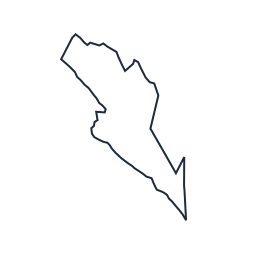 the district of Altaneira, Ceará, Brazil, rotated 255°
{"feature_id": "56859067B38427988567016", "entity_name": "Altaneira", "entity_type": "district", "adm_level": 2, "iso_a3": "BRA", "parent_name": "Brazil", "parent_adm1": "Ceará", "projection": "orthographic", "projection_center": [-39.704, -6.984], "detail": "fine", "context": "isolated", "style": "outline", "palette": "slate", "viewbox_px": 256, "rotation_deg": 255, "n_neighbors": 0, "source": "geoboundaries", "source_scale": "gbopen_adm2", "svg_char_len": 1039}
<svg xmlns="http://www.w3.org/2000/svg" viewBox="0 0 256 256"><g transform="rotate(255 128 128)"><path d="M164.2,164.9L166.7,160.8L172.2,158.1L182.1,156.0L189.1,154.8L192.0,151.7L188.6,149.5L183.9,139.9L191.4,138.4L199.0,137.1L204.4,136.6L211.9,129.2L216.0,126.1L215.2,121.6L220.2,113.6L218.7,110.2L222.0,107.8L227.4,105.2L232.1,101.6L229.7,97.6L211.7,81.2L207.0,84.4L201.5,88.0L195.8,91.2L190.5,92.1L186.5,94.7L181.0,97.3L176.6,100.4L168.5,103.6L165.1,105.2L159.6,106.7L156.1,109.3L151.9,111.3L149.1,109.5L151.9,101.5L143.5,100.6L142.5,97.3L138.8,95.6L137.3,92.5L131.7,91.7L127.9,93.1L124.2,96.9L120.9,100.8L119.1,104.3L116.2,105.9L112.2,107.1L107.4,109.5L100.6,113.7L97.5,116.1L93.7,119.1L90.2,122.2L87.3,124.0L83.6,127.4L79.7,130.8L76.3,133.2L73.4,137.8L68.4,138.4L64.2,139.1L60.9,139.9L58.4,143.4L56.1,146.1L53.2,148.4L49.2,149.3L45.9,151.4L40.4,153.9L35.8,156.1L30.7,158.3L23.9,160.2L52.5,166.3L57.7,167.2L85.4,174.8L71.9,162.6L96.8,156.1L121.6,149.5L151.5,165.7L164.2,164.9Z" fill="none" stroke="#1e293b" stroke-width="2"/></g></svg>